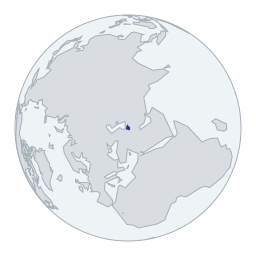 Qazvin highlighted on a globe, orthographic projection, rotated 265°
{"feature_id": "IRN-3235", "entity_name": "Qazvin", "entity_type": "Province", "adm_level": 1, "iso_a3": "IRN", "parent_name": "Iran", "parent_adm1": "", "projection": "orthographic", "projection_center": [49.608, 36.125], "detail": "fine", "context": "on_globe", "style": "filled", "palette": "blue", "viewbox_px": 256, "rotation_deg": 265, "n_neighbors": 0, "source": "natural_earth", "source_scale": "10m", "svg_char_len": 10773}
<svg xmlns="http://www.w3.org/2000/svg" viewBox="0 0 256 256"><g transform="rotate(265 128 128)"><circle cx="128" cy="128" r="113" fill="#eef3f6" stroke="#a8b0b8"/><path d="M127.4,15.4L131.8,15.7L143.8,17.6L149.0,18.2L146.7,18.3L157.6,19.8L165.0,22.1L155.7,19.6L154.1,19.4L158.7,20.9L158.0,21.1L159.8,22.0L158.5,22.2L153.2,21.1L152.3,21.3L155.6,22.3L156.4,23.5L151.7,21.8L152.6,23.7L143.9,22.7L132.3,19.3L126.5,20.1L112.1,20.3L112.5,20.9L107.3,21.8L105.8,22.9L103.5,22.9L104.3,23.9L106.6,23.7L107.7,24.1L107.0,24.9L104.0,24.9L103.9,24.5L102.7,24.9L101.5,24.7L101.7,25.2L98.2,25.3L100.7,26.4L97.0,27.5L94.9,27.2L96.5,25.7L95.7,22.4L94.1,22.2L90.2,23.2L80.1,28.0L77.7,28.6L73.6,30.6L74.2,30.8L77.7,29.4L77.8,30.5L82.1,28.9L82.8,29.3L86.6,28.6L84.5,30.4L80.4,32.7L77.1,33.5L75.3,34.6L77.1,35.5L69.9,38.8L63.0,44.6L61.3,45.4L60.2,43.8L63.2,39.4L61.7,38.4L61.2,41.0L56.9,43.5L55.5,44.9L54.9,46.0L55.9,45.9L54.1,47.3L54.0,45.0L55.6,43.7L55.6,44.3L57.0,42.4L56.9,41.4L54.8,43.1L56.9,40.6L55.4,41.9L55.3,42.0L56.8,40.7L57.3,40.3L56.9,40.7L63.6,35.6L70.8,31.0L78.2,26.9L86.0,23.5L94.0,20.6L102.2,18.4L110.5,16.7L118.9,15.7L127.4,15.4ZM15.9,138.7L16.3,142.6L16.7,145.2L15.9,138.7ZM131.3,15.4L129.6,15.4L131.3,15.4ZM152.9,18.7L150.4,18.1L153.1,18.7L152.9,18.7ZM160.2,22.1L161.2,22.3L161.7,22.7L160.2,22.1ZM87.5,27.6L87.0,28.1L86.6,28.0L87.5,27.6ZM89.6,27.0L89.3,26.5L90.3,26.2L90.4,26.4L89.6,27.0ZM160.3,23.5L160.9,24.4L159.4,23.3L160.3,23.5ZM89.6,27.6L92.0,25.6L93.7,25.0L95.6,25.6L89.6,27.6ZM160.6,24.7L162.1,26.9L164.3,27.4L158.8,27.6L159.4,25.5L157.2,24.0L159.4,24.8L160.6,24.7ZM107.6,23.3L105.1,23.5L107.8,22.7L107.6,23.3ZM109.1,22.7L115.9,20.1L119.3,20.4L116.3,21.1L121.2,21.1L119.5,22.4L116.5,22.8L114.6,22.3L115.4,23.2L109.1,22.7ZM155.5,27.6L155.1,28.0L154.5,27.3L155.5,27.6ZM108.3,24.2L109.4,23.6L112.4,23.7L110.8,25.1L110.4,24.6L108.3,24.2ZM123.3,20.5L125.3,20.9L124.4,22.1L125.1,22.5L119.8,22.5L123.3,20.5ZM109.4,24.9L109.9,25.8L107.9,26.4L107.5,24.9L109.4,24.9ZM113.9,23.3L115.2,23.4L114.0,23.8L113.9,23.3ZM101.0,29.6L102.3,28.6L103.9,28.6L101.0,29.6ZM110.3,26.1L111.0,25.8L111.8,25.8L111.8,26.5L110.3,26.1ZM119.6,23.5L118.8,23.9L121.7,23.5L121.2,24.5L117.7,24.4L119.0,24.9L118.9,25.2L116.2,24.8L119.6,23.5ZM114.1,27.0L109.6,27.5L106.9,29.1L105.4,29.2L109.9,26.5L114.1,27.0ZM115.6,25.7L114.3,26.5L113.0,26.1L113.1,25.3L115.6,25.7ZM122.1,25.3L123.8,23.8L124.5,23.9L122.1,25.3ZM113.6,27.6L114.7,27.5L113.6,27.7L113.6,27.6ZM119.8,26.1L120.3,25.5L121.1,25.6L119.8,26.1ZM116.6,27.8L115.1,27.9L115.1,27.3L116.6,27.8ZM118.2,27.1L119.2,27.4L115.9,27.1L118.3,26.8L118.2,27.1ZM120.4,26.3L121.1,26.2L120.1,26.5L120.4,26.3ZM117.5,30.1L113.4,29.8L113.3,28.5L117.3,28.9L117.5,30.1ZM29.9,148.8L27.5,129.7L30.4,125.6L32.1,118.6L52.6,105.3L55.7,109.2L70.3,113.2L71.9,114.9L68.7,120.1L78.6,131.6L83.5,127.9L93.8,134.6L101.6,136.0L107.0,125.5L94.2,123.1L93.4,117.2L104.8,114.5L116.2,116.9L116.2,114.7L110.3,109.0L114.1,105.5L108.3,106.7L109.7,109.2L106.2,110.1L104.6,107.9L106.1,106.7L103.0,105.1L97.0,111.8L97.8,115.1L89.0,114.4L89.5,119.8L86.7,121.6L84.8,113.0L85.9,110.3L81.3,100.1L79.3,102.8L83.5,112.8L81.6,111.5L79.0,115.6L79.5,111.5L75.5,100.4L68.3,99.2L57.0,106.6L53.3,105.4L51.2,101.2L57.4,90.9L65.1,94.8L67.4,91.7L67.7,85.3L70.0,87.2L71.0,85.2L74.1,86.5L80.3,83.5L83.6,84.4L87.8,78.8L90.1,78.6L87.0,81.9L86.6,84.9L95.3,87.5L97.5,86.7L99.5,82.9L101.6,84.3L102.5,80.4L108.3,80.3L101.9,77.2L104.1,73.2L108.6,71.0L108.1,69.2L100.9,73.0L99.0,75.0L99.2,77.6L93.1,83.3L89.8,83.4L91.8,75.8L87.3,75.3L90.8,69.9L108.3,62.4L114.7,61.8L121.6,69.1L119.1,71.4L115.4,69.7L117.2,74.9L117.8,72.7L119.6,74.0L122.1,70.9L123.5,71.6L123.6,67.4L125.6,68.1L125.5,70.7L130.9,67.0L135.5,67.7L136.0,66.5L135.4,65.0L141.6,67.0L141.8,66.1L139.8,65.1L138.8,62.6L139.4,59.1L141.5,60.0L141.6,61.4L144.9,65.7L144.7,69.5L145.6,69.5L146.3,66.5L142.3,61.1L142.1,58.8L144.4,61.1L143.5,60.1L144.1,59.2L146.6,59.3L144.3,56.7L147.6,47.3L152.9,46.8L154.5,49.6L159.1,44.8L164.7,45.2L162.8,44.2L163.8,41.6L162.0,41.4L161.2,40.8L162.8,34.8L164.9,34.3L163.5,31.2L162.5,30.7L160.9,30.9L158.8,27.6L164.3,27.4L166.2,28.4L168.3,27.8L172.3,30.3L176.6,32.3L179.7,35.8L182.8,37.3L183.3,36.9L187.9,39.0L195.7,44.9L187.2,41.7L175.1,34.4L179.9,37.3L178.2,37.3L179.5,38.7L182.9,41.0L183.7,40.8L185.9,48.4L192.8,56.7L193.9,54.0L196.9,54.8L205.8,63.3L212.7,80.5L216.8,82.9L218.6,85.6L218.5,89.1L215.9,85.1L213.7,85.3L212.2,82.7L211.1,87.3L208.9,83.8L209.2,89.4L211.7,91.3L213.4,88.3L214.5,95.0L219.3,97.4L222.4,103.0L223.1,117.4L219.9,124.6L220.2,126.7L217.6,126.2L216.2,132.0L222.6,139.4L223.1,142.5L219.8,151.5L219.4,149.4L212.5,148.0L212.7,155.9L218.0,158.7L219.8,164.4L216.4,164.7L214.3,159.7L211.9,159.1L211.5,152.5L207.5,144.4L204.0,148.3L203.3,144.4L197.2,138.4L191.6,143.8L183.3,158.0L183.8,168.1L180.3,173.5L171.9,161.3L169.0,151.8L165.5,153.6L157.3,146.4L141.8,147.8L140.0,145.2L137.0,146.6L131.3,144.1L128.9,139.7L125.2,140.0L131.9,151.6L135.9,151.2L139.9,146.6L140.9,150.7L146.5,153.9L138.6,164.2L116.3,172.5L114.9,164.9L102.3,141.8L103.2,139.4L103.1,139.1L103.0,138.6L101.0,142.4L99.1,137.7L105.0,154.0L105.6,160.5L115.9,172.9L114.8,174.0L118.4,176.6L130.9,174.0L130.8,176.4L124.3,187.5L107.7,200.5L110.4,209.4L110.1,216.2L100.9,219.2L102.9,224.0L98.3,224.7L98.8,227.0L95.7,228.6L90.3,229.2L79.7,226.1L78.1,224.0L71.3,218.2L61.6,204.3L63.3,199.5L61.9,194.4L54.4,180.0L56.0,174.1L54.2,170.3L50.4,169.1L48.4,164.5L46.2,163.2L33.2,156.6L29.9,148.8ZM44.1,114.7L43.1,116.7L44.1,114.7ZM127.4,125.1L134.7,125.7L132.9,118.6L135.6,118.3L134.0,116.1L132.7,118.1L129.0,112.0L132.7,110.0L132.6,107.0L130.1,106.6L123.9,111.3L129.2,119.9L126.8,122.7L127.4,125.1ZM56.9,43.7L56.8,43.9L55.8,45.2L55.7,44.9L56.9,43.7ZM55.4,49.7L52.6,51.8L54.5,50.0L53.6,49.8L56.6,46.0L60.6,45.7L58.3,46.4L55.4,49.7ZM61.7,41.1L59.3,43.4L61.7,40.9L61.7,41.1ZM73.9,73.9L74.3,75.8L72.2,77.7L68.0,77.3L70.9,74.5L73.9,73.9ZM75.4,78.1L78.6,71.1L81.4,71.3L79.3,72.3L80.8,73.2L77.8,75.1L77.4,82.5L75.5,84.7L68.6,82.3L71.9,81.8L71.3,79.8L75.4,78.1ZM81.9,55.1L83.3,52.7L87.5,56.2L85.7,58.0L81.3,57.6L80.9,55.1L81.9,55.1ZM92.5,29.4L92.8,28.8L93.6,28.7L94.1,29.2L92.5,29.4ZM101.5,29.1L92.2,32.4L92.0,31.8L86.8,34.8L84.4,34.3L87.8,32.3L82.0,34.4L84.2,32.4L80.3,34.1L88.3,29.7L90.0,28.2L89.0,30.0L91.2,30.4L92.7,30.1L98.1,28.4L102.9,25.7L105.8,25.9L106.6,26.8L106.0,27.4L104.3,27.0L104.5,28.2L101.6,28.2L101.5,29.1ZM114.6,40.6L112.9,39.2L113.0,42.8L110.0,42.3L110.2,42.8L107.4,43.3L104.5,44.9L103.3,44.4L102.7,45.3L100.8,45.8L99.5,46.9L97.0,46.4L95.2,47.7L95.1,46.7L92.7,49.2L93.3,47.2L91.0,47.8L91.6,49.4L81.2,45.5L76.4,45.9L71.9,47.4L73.7,44.1L78.9,40.7L85.6,38.1L90.0,38.4L90.0,37.0L92.1,36.8L91.2,38.0L93.8,36.1L95.3,36.3L101.2,34.7L104.1,32.2L106.3,31.7L105.9,32.8L108.4,31.5L109.3,33.3L110.9,33.1L113.3,34.8L111.7,37.3L113.6,36.8L115.6,38.3L114.6,40.6ZM118.0,30.6L116.8,33.5L114.5,34.7L111.2,31.3L109.6,31.3L107.4,29.4L110.7,27.8L111.1,28.4L112.2,28.7L110.7,29.1L112.7,29.0L113.2,29.9L114.9,30.2L114.0,31.0L118.0,30.6ZM74.6,113.5L76.0,114.3L78.4,114.9L76.8,117.6L74.6,113.5ZM71.7,106.0L73.1,106.1L71.9,110.0L70.5,109.3L71.7,106.0ZM74.8,103.0L73.2,105.8L73.2,103.9L74.8,103.0ZM88.4,81.9L90.0,82.0L89.8,82.9L88.5,84.0L88.4,81.9ZM114.2,52.2L113.6,51.0L114.3,50.7L115.2,47.7L117.5,48.0L117.8,49.9L114.2,52.2ZM104.3,127.0L101.5,128.8L100.5,127.5L101.7,127.2L104.3,127.0ZM88.0,123.4L91.3,125.7L87.6,124.1L88.0,123.4ZM116.8,52.0L117.0,50.8L118.0,51.7L116.8,52.0ZM119.2,48.2L120.7,49.0L117.9,47.8L119.2,48.2ZM152.6,237.7L153.7,237.6L151.8,238.0L152.6,237.7ZM129.6,216.0L123.5,226.5L118.1,226.3L116.4,223.3L118.3,216.9L124.4,215.2L127.2,211.9L129.6,216.0ZM231.9,166.2L233.0,164.9L232.9,165.3L231.9,166.2ZM230.9,166.5L232.3,164.7L230.5,167.8L230.9,166.5ZM232.8,164.0L234.2,161.2L234.8,159.7L234.6,160.7L232.8,164.0ZM229.9,167.9L223.3,174.5L220.5,176.0L221.4,173.9L226.0,170.1L229.9,167.9ZM221.1,174.0L216.4,173.5L208.2,165.5L211.2,164.0L219.4,166.7L218.9,168.3L221.8,169.5L221.1,174.0ZM231.6,156.4L231.1,160.7L227.7,164.2L226.0,165.2L224.9,161.2L225.5,157.9L227.0,156.7L231.3,142.2L233.1,142.5L232.1,148.0L233.4,149.9L231.6,156.4ZM184.4,168.8L187.4,173.7L185.3,175.3L184.4,168.8ZM232.1,133.6L231.0,139.8L231.7,132.4L232.1,133.6ZM231.9,127.3L232.5,129.2L231.4,128.1L231.9,127.3ZM221.1,129.6L219.6,131.5L219.1,130.1L220.7,126.8L221.1,129.6ZM224.8,107.8L226.5,112.1L226.9,113.9L225.3,112.0L224.8,107.8ZM136.5,54.6L132.7,58.2L131.5,61.3L133.1,63.8L129.1,62.0L131.0,57.1L136.5,54.6ZM146.0,48.0L144.5,46.1L146.2,46.1L146.8,46.5L146.0,48.0ZM144.4,47.4L140.5,46.6L140.4,45.1L143.4,45.9L144.4,47.4ZM128.6,48.9L127.3,49.9L126.5,49.1L128.6,48.9ZM216.7,197.5L218.7,194.4L219.2,193.8L221.7,189.6L228.4,178.7L234.0,165.9L234.9,163.5L231.4,172.6L227.2,181.3L222.3,189.6L216.7,197.5ZM234.5,162.3L236.3,156.9L236.9,155.3L234.5,162.3ZM240.0,139.9L239.6,142.2L239.5,141.3L240.0,138.3L239.2,140.0L240.1,135.7L240.2,138.1L240.5,133.2L240.5,132.6L240.0,139.9ZM239.5,144.1L239.6,143.5L239.3,145.1L239.5,144.1ZM237.8,147.4L237.6,148.6L237.3,148.7L237.8,147.4ZM238.3,145.7L239.1,144.2L238.1,146.8L238.3,145.7ZM234.2,149.7L234.7,151.5L236.1,147.6L235.0,151.6L235.7,154.2L235.2,156.2L234.6,153.4L233.9,158.5L233.2,159.4L233.1,156.0L234.0,150.2L234.7,147.2L237.1,142.2L234.2,149.7ZM238.4,142.7L238.1,140.4L238.2,138.0L238.6,138.8L238.4,142.7ZM236.7,135.4L235.3,133.7L234.5,136.6L235.6,128.6L236.9,131.5L236.7,135.4ZM234.7,129.4L234.0,132.0L234.4,127.7L234.7,129.4ZM233.6,131.3L233.0,129.0L233.8,128.2L233.6,131.3ZM235.2,128.7L234.5,124.4L235.4,126.1L235.2,128.7ZM231.4,124.2L233.9,125.6L231.4,127.2L229.1,119.5L230.0,118.0L231.4,124.2ZM222.2,85.3L220.7,83.4L220.9,81.7L221.8,83.4L222.2,85.3ZM220.1,75.0L220.4,80.7L220.5,85.5L221.5,85.6L223.4,89.9L220.7,87.9L219.1,81.8L219.5,78.8L217.5,75.5L216.5,71.9L213.6,68.6L212.5,66.3L215.2,68.5L220.1,75.0ZM212.3,67.3L206.8,61.1L208.1,59.6L209.6,60.6L211.6,64.0L210.8,64.6L212.3,67.3ZM205.9,59.3L205.0,59.8L195.3,53.6L193.5,52.0L201.6,55.5L201.3,56.3L203.5,58.2L205.9,59.3ZM156.3,28.4L155.2,28.1L156.2,27.9L156.3,28.4ZM160.2,40.7L159.3,39.8L160.5,39.6L160.2,40.7ZM157.3,37.2L156.6,38.1L156.4,36.8L157.3,37.2ZM155.3,40.3L156.0,38.3L156.6,40.8L155.3,40.3Z" fill="#d9dde1" stroke="#a8b0b8" stroke-width="1"/><path d="M127.4,126.6L127.6,126.7L127.6,126.8L127.8,127.0L128.0,127.1L128.3,127.1L128.7,127.0L128.8,126.9L129.1,126.9L129.5,127.3L129.9,127.5L129.5,127.6L129.3,127.6L129.4,127.8L129.5,127.9L129.6,128.1L129.5,128.3L129.4,128.4L129.1,128.5L129.0,128.8L128.9,128.9L128.7,129.0L128.4,129.1L128.1,129.2L128.0,129.3L127.7,129.4L127.4,129.3L127.2,129.2L127.0,128.9L126.8,128.9L126.7,129.0L126.6,128.8L126.4,128.6L126.5,128.5L126.7,128.4L126.8,128.4L127.1,128.5L127.1,128.4L127.4,128.2L127.6,128.1L127.7,127.8L127.6,127.7L127.4,127.5L127.4,127.4L127.2,127.3L127.2,127.2L127.1,126.8L127.3,126.7L127.4,126.6Z" fill="#3b82f6" stroke="#1e3a8a" stroke-width="1.5"/></g></svg>